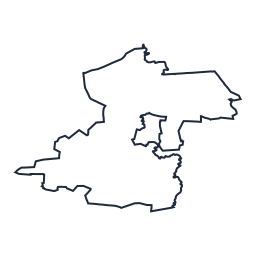 the district of Viļānu pag., Vilanu, Latvia
{"feature_id": "27541924B60521943034244", "entity_name": "Viļānu pag.", "entity_type": "district", "adm_level": 2, "iso_a3": "LVA", "parent_name": "Latvia", "parent_adm1": "Vilanu", "projection": "equal_earth", "projection_center": [26.923, 56.553], "detail": "fine", "context": "isolated", "style": "outline", "palette": "slate", "viewbox_px": 256, "rotation_deg": 0, "n_neighbors": 0, "source": "geoboundaries", "source_scale": "gbopen_adm2", "svg_char_len": 5846}
<svg xmlns="http://www.w3.org/2000/svg" viewBox="0 0 256 256"><path d="M155.0,154.0L153.6,152.6L152.9,151.6L153.1,151.2L154.9,150.9L156.0,150.5L156.5,150.1L156.4,149.7L155.4,149.1L154.5,148.3L154.7,147.8L155.0,147.5L155.6,147.4L156.8,147.5L157.5,147.4L158.3,145.7L156.9,143.8L154.8,142.3L152.6,142.0L150.5,142.1L149.9,142.2L149.0,142.0L148.4,142.7L147.5,144.7L146.4,144.7L146.1,146.1L145.8,146.2L140.5,143.8L137.6,144.3L137.3,144.2L134.8,144.7L132.1,139.6L134.3,139.0L136.8,129.4L140.1,130.1L140.8,129.3L141.7,128.7L142.9,128.1L144.0,127.8L144.5,127.5L144.7,127.3L144.5,126.3L144.3,125.7L144.5,124.9L144.4,124.7L144.1,124.5L143.1,124.1L142.7,123.9L143.2,123.1L143.3,122.8L143.2,122.4L143.7,121.6L143.5,121.4L142.5,121.4L141.8,121.1L141.8,120.8L142.6,120.6L143.3,120.5L143.4,120.3L143.2,119.8L142.7,119.4L142.9,119.2L143.0,118.8L143.2,118.3L142.9,117.6L142.7,117.7L142.5,117.2L142.3,117.1L141.6,117.0L141.9,117.2L141.9,117.3L140.5,117.2L140.5,116.9L140.8,116.0L141.1,115.7L142.7,115.1L145.3,114.8L146.5,113.7L147.1,113.5L147.8,113.6L148.3,113.5L148.9,113.3L149.2,112.9L150.2,113.6L150.5,113.7L150.2,113.4L151.4,114.2L153.7,115.0L155.5,115.4L159.6,116.3L161.3,116.6L163.3,116.7L166.1,116.8L165.9,117.8L165.9,118.4L165.6,119.6L165.3,120.5L160.6,120.3L160.6,120.7L160.4,120.6L160.1,121.7L159.9,122.0L159.9,125.9L161.0,130.7L161.0,131.0L161.4,132.3L161.6,133.4L159.6,133.9L159.3,136.0L159.3,139.1L160.4,141.2L158.7,144.4L159.4,145.3L159.4,145.9L159.9,147.0L162.7,150.7L179.0,149.6L179.9,145.4L182.6,144.8L183.1,141.4L181.4,141.3L181.6,140.5L180.8,140.5L180.4,138.6L180.0,137.9L180.0,137.3L178.5,130.9L178.7,130.7L182.2,123.6L183.6,121.1L188.6,121.2L197.3,121.6L200.9,121.9L201.0,120.2L200.9,116.1L201.1,116.1L204.7,117.7L209.5,118.9L210.5,119.6L210.8,119.4L211.4,119.3L219.2,118.4L220.4,117.6L231.1,118.7L233.2,118.9L232.6,115.8L235.7,114.4L236.7,113.6L236.4,111.6L235.3,109.5L233.4,108.1L231.2,105.9L230.6,103.8L231.7,101.9L231.7,101.7L229.3,99.5L230.9,99.0L233.4,100.4L234.3,100.4L240.6,99.1L238.8,95.6L230.8,91.9L230.2,91.2L227.7,87.8L224.4,84.2L224.3,83.9L224.3,83.6L219.7,77.9L219.1,76.8L214.6,71.3L211.9,71.6L211.2,71.4L192.1,72.8L185.5,73.1L183.9,73.3L176.7,73.7L175.3,74.0L175.0,74.1L174.9,73.8L165.6,74.4L165.2,74.5L162.2,74.4L162.1,74.0L162.3,73.7L163.6,73.0L163.9,72.7L163.9,72.2L163.6,71.1L163.6,70.7L163.6,70.4L163.8,70.1L164.5,69.8L165.3,69.6L165.9,69.7L167.3,70.0L167.9,69.9L168.1,69.6L168.1,69.2L167.0,67.9L166.1,66.5L165.8,65.9L165.4,63.7L165.0,62.4L164.5,62.1L163.9,61.9L162.2,61.9L158.9,62.0L157.6,62.3L155.7,63.0L155.2,62.9L155.0,62.5L154.7,61.6L154.5,61.4L153.7,61.4L150.5,62.3L148.8,62.3L147.8,62.1L147.1,61.8L146.6,60.9L145.4,60.2L144.8,59.7L144.7,59.5L145.0,57.7L144.7,56.0L144.8,55.3L145.1,55.0L146.2,54.9L147.8,54.4L148.7,53.8L149.0,53.4L149.0,53.2L148.9,53.1L148.3,53.0L145.3,53.4L144.9,53.4L144.6,53.1L144.5,52.7L144.5,52.3L144.8,52.0L145.8,51.4L146.4,50.6L146.6,49.8L146.5,49.0L146.2,48.6L145.2,48.1L144.2,46.9L143.8,45.7L143.5,44.7L143.2,44.7L142.7,46.0L143.2,48.1L142.3,48.3L134.7,48.9L126.1,53.6L124.3,56.6L121.3,59.2L113.2,62.5L103.7,66.8L97.8,69.1L91.4,70.4L84.7,73.2L84.1,72.9L83.4,72.9L83.3,73.0L84.6,84.7L85.0,87.2L85.1,87.8L85.6,88.9L88.3,94.2L89.3,96.7L90.2,98.2L90.9,99.0L97.8,102.2L98.3,102.6L100.3,103.4L102.7,104.6L105.4,105.8L103.7,108.4L103.2,112.4L103.3,113.1L103.2,114.0L103.2,114.7L103.6,117.5L103.9,121.9L97.6,122.5L97.6,122.4L96.1,122.6L95.5,123.1L95.3,123.5L94.8,123.9L90.1,128.4L89.6,128.7L88.3,130.0L88.3,131.1L88.1,134.6L86.8,135.3L79.1,130.1L68.8,138.3L65.1,135.8L59.2,138.0L58.1,139.7L57.4,141.2L55.1,142.0L54.3,149.1L59.8,152.0L59.2,155.2L59.1,158.2L43.5,159.6L35.8,161.3L34.2,167.1L24.1,167.6L21.5,167.6L18.8,169.2L16.9,170.7L15.7,172.1L15.4,172.3L18.9,173.9L28.7,174.6L30.6,174.7L30.6,174.0L43.3,174.1L43.5,174.5L44.2,174.6L43.8,182.9L42.3,183.2L42.8,185.7L41.9,186.3L43.3,187.3L43.8,187.8L43.8,188.0L43.5,188.4L45.0,189.0L45.5,189.4L54.3,191.1L57.7,189.8L57.5,187.9L58.0,186.9L60.8,186.8L66.0,187.0L66.9,188.3L73.0,190.9L77.4,186.0L83.4,185.9L90.6,188.8L90.7,189.5L86.6,194.1L85.2,195.5L86.3,198.8L88.2,203.4L95.2,203.9L100.2,204.5L101.3,204.5L107.5,205.2L113.2,205.6L115.5,205.9L117.6,206.4L120.6,207.4L121.2,207.9L134.7,203.3L139.6,203.1L146.9,205.0L151.5,205.1L151.6,207.0L151.2,209.8L151.1,211.3L171.6,207.7L173.5,207.2L172.5,206.4L172.4,206.0L172.8,205.6L174.2,205.1L174.9,204.8L175.0,204.5L174.8,204.1L173.7,203.4L173.6,203.2L174.0,202.9L175.2,202.7L175.5,202.5L175.5,202.3L174.7,200.7L174.6,200.3L174.9,199.5L175.8,198.1L175.7,197.1L175.9,196.6L176.3,195.9L177.1,194.8L178.5,193.6L179.9,192.7L180.4,192.2L180.8,191.4L181.1,190.5L181.0,188.4L181.1,187.8L181.8,186.7L182.0,186.0L181.9,185.0L180.8,184.5L180.5,184.2L180.4,184.0L180.6,183.5L181.6,182.7L181.6,182.3L181.2,181.7L179.6,180.2L179.3,179.7L178.3,177.3L177.6,177.0L176.7,176.8L175.9,177.0L174.7,177.6L174.1,177.6L173.7,177.4L173.5,177.0L173.8,176.5L175.2,175.4L175.3,175.1L175.3,174.8L175.2,174.6L174.3,174.1L174.2,173.9L174.2,173.7L174.4,173.4L175.8,171.9L176.2,171.5L176.2,171.1L176.1,170.4L177.0,168.2L177.4,167.9L178.4,167.3L178.9,166.6L180.4,165.8L180.4,165.4L178.7,164.8L178.4,164.6L178.2,164.1L178.3,163.7L178.6,163.6L180.6,162.8L180.8,162.3L180.6,161.3L180.1,160.6L179.1,159.9L179.1,159.5L179.1,159.3L179.5,158.9L179.8,158.8L181.0,158.7L181.2,158.4L181.1,158.1L180.7,157.8L180.2,157.1L179.9,156.3L179.7,156.0L178.3,155.1L176.8,154.5L176.2,154.5L175.5,154.9L175.1,155.0L174.0,154.3L173.5,154.2L172.7,154.4L172.0,155.2L170.4,155.7L169.9,156.4L169.4,156.6L167.2,156.7L166.8,156.6L166.0,156.2L165.5,156.1L165.1,156.7L164.9,157.3L164.4,157.7L163.8,157.7L163.4,157.7L162.2,157.3L161.7,156.9L161.3,156.8L161.1,156.9L160.8,157.0L160.6,157.4L160.4,158.4L160.1,158.6L159.6,158.5L159.2,158.3L158.6,157.1L157.9,156.3L157.2,155.7L155.8,155.1L155.5,154.9L155.1,154.4L155.0,154.0Z" fill="none" stroke="#1e293b" stroke-width="2"/></svg>